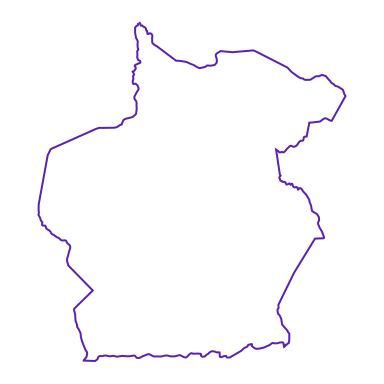 the district of San Luis, Santa Bárbara, Honduras
{"feature_id": "27666195B34299357047893", "entity_name": "San Luis", "entity_type": "district", "adm_level": 2, "iso_a3": "HND", "parent_name": "Honduras", "parent_adm1": "Santa Bárbara", "projection": "mercator", "projection_center": [-88.473, 15.119], "detail": "fine", "context": "isolated", "style": "outline", "palette": "violet", "viewbox_px": 384, "rotation_deg": 0, "n_neighbors": 0, "source": "geoboundaries", "source_scale": "gbopen_adm2", "svg_char_len": 5884}
<svg xmlns="http://www.w3.org/2000/svg" viewBox="0 0 384 384"><path d="M204.8,356.5L206.2,355.0L208.1,353.8L209.9,352.2L211.6,351.3L212.3,351.2L214.9,351.6L215.9,352.1L216.9,352.4L218.5,352.3L219.6,352.5L219.7,354.7L219.9,356.7L220.4,357.1L221.4,357.1L224.0,356.1L226.0,356.0L226.7,357.2L227.1,357.5L227.8,357.6L229.9,357.4L241.1,350.9L244.1,348.1L247.0,346.8L247.6,346.2L247.9,345.3L248.4,344.8L251.3,344.1L251.8,344.1L252.0,344.5L252.0,345.0L251.7,345.5L251.7,345.8L253.0,347.0L254.1,347.8L255.3,348.5L256.2,348.8L257.1,348.8L260.6,348.4L263.7,347.6L269.7,345.0L271.3,343.7L272.4,343.0L273.3,343.1L274.6,343.3L276.6,343.3L278.2,343.1L279.5,342.5L282.4,342.4L283.1,342.7L283.5,343.2L283.8,346.0L284.1,346.9L285.2,346.0L285.6,344.8L285.9,344.7L286.2,344.9L286.5,344.8L287.8,343.5L288.7,343.1L288.9,341.8L289.2,341.1L289.2,339.0L289.4,338.1L289.2,336.0L289.4,334.0L289.0,333.2L288.0,332.1L287.4,330.6L282.8,325.4L282.1,324.4L281.3,319.2L280.5,317.1L279.9,315.9L279.1,314.7L278.5,314.2L278.1,313.6L277.7,312.1L277.5,310.6L277.5,310.0L277.8,309.1L278.6,307.9L278.4,305.6L278.4,304.8L294.1,272.7L315.0,238.6L323.5,238.3L323.9,238.0L324.0,237.4L323.4,235.4L321.8,231.3L319.7,227.8L318.0,223.8L318.1,222.6L319.0,220.5L319.1,219.8L319.0,218.2L318.7,216.8L317.8,215.3L316.8,214.0L313.5,212.0L312.0,210.9L311.0,205.5L309.5,201.8L309.4,200.6L309.2,199.8L308.8,199.0L306.1,194.6L303.6,192.0L301.3,188.7L300.7,188.3L300.1,188.2L299.4,188.3L298.3,189.5L297.9,189.5L297.6,188.8L297.8,187.9L297.4,187.5L296.4,187.1L294.9,187.4L294.0,187.2L293.5,186.9L292.9,185.9L292.4,184.3L292.1,183.8L291.6,183.8L291.1,184.4L290.6,184.7L289.4,183.5L287.6,184.3L286.5,184.5L285.7,183.5L285.6,182.7L285.1,182.1L284.3,181.8L282.9,182.0L282.3,181.6L281.8,181.1L280.6,180.8L280.4,180.6L279.8,178.6L279.4,178.1L279.3,177.6L279.5,177.0L280.4,176.0L280.6,175.6L279.9,174.8L276.1,149.6L278.3,151.1L279.0,152.0L279.6,152.4L280.6,152.4L281.0,152.1L281.8,151.9L283.0,152.3L283.7,152.3L285.4,150.9L286.8,149.0L289.4,146.5L290.3,145.9L291.2,145.8L292.8,146.6L294.1,146.8L295.6,146.2L296.5,145.6L297.4,144.6L299.1,141.9L300.0,141.2L301.0,140.7L301.8,140.8L302.9,140.6L303.5,139.5L303.8,137.5L304.1,137.0L304.6,136.7L306.1,136.7L306.7,136.4L309.3,122.7L314.0,122.3L320.1,121.5L322.7,119.5L324.2,118.6L325.1,118.3L326.0,118.4L327.0,118.8L330.3,120.6L331.7,120.8L345.5,96.1L344.4,94.3L343.2,90.5L342.8,89.7L338.1,86.7L335.2,85.8L334.5,85.1L333.7,84.1L331.5,83.0L330.0,80.9L328.8,79.7L325.8,76.1L323.0,75.2L321.5,75.0L319.4,76.1L318.1,76.3L316.8,76.2L315.5,76.5L310.4,79.7L308.3,79.9L305.0,79.8L303.8,79.3L302.9,78.5L300.8,78.2L298.4,77.0L291.6,72.0L287.5,67.6L256.0,51.5L253.3,50.4L232.5,52.2L220.7,51.1L217.1,53.2L216.3,53.9L215.9,54.7L215.7,55.7L216.7,58.8L216.9,61.8L216.5,62.9L214.8,64.8L214.2,65.1L210.4,65.7L207.2,65.5L206.6,65.8L205.8,66.6L205.3,66.8L202.8,67.5L200.0,68.1L199.3,68.0L198.7,67.9L196.4,66.7L193.2,64.8L190.8,64.0L187.5,62.4L184.8,61.6L183.2,61.4L178.0,60.7L176.2,60.8L157.3,46.6L154.8,45.1L152.6,43.3L152.2,42.2L152.1,38.0L152.3,36.6L152.3,35.3L151.9,34.6L151.4,33.9L150.6,33.4L149.8,33.3L149.0,33.5L148.3,34.0L147.6,34.0L147.4,33.4L147.0,30.8L146.3,30.5L145.9,28.6L145.3,27.7L144.6,27.2L143.1,26.5L142.2,25.5L141.0,25.6L140.6,25.2L140.3,23.8L139.8,23.0L139.7,23.1L138.1,23.9L137.8,25.4L136.5,25.9L135.1,27.6L135.1,32.5L135.5,35.1L136.1,38.0L136.4,38.7L137.4,40.3L137.8,41.8L137.5,44.1L137.7,47.3L137.8,48.1L138.2,48.8L138.3,49.4L138.2,49.8L137.2,51.2L137.4,54.6L137.2,57.6L138.2,60.0L138.8,60.4L139.9,60.7L140.3,61.4L140.4,62.1L140.2,62.7L139.6,63.2L139.2,63.3L138.3,63.4L137.4,64.0L135.7,64.7L134.9,65.4L134.7,66.1L135.5,67.2L135.8,68.1L135.7,68.7L134.9,70.0L134.0,71.1L133.5,71.5L132.8,71.4L132.6,71.6L133.9,73.9L134.1,74.5L134.0,74.9L133.4,75.6L133.0,76.6L133.4,78.5L132.8,80.9L132.7,82.4L132.9,83.2L133.1,83.7L133.5,84.0L133.9,84.0L134.5,83.8L135.4,83.7L135.9,84.0L136.6,84.5L137.3,85.2L137.8,86.1L138.4,87.6L138.6,88.7L138.5,89.4L136.5,92.7L134.6,96.3L134.3,97.3L134.4,98.1L134.6,99.0L136.2,101.2L136.6,102.8L136.5,105.0L136.7,109.0L136.1,113.4L135.8,114.2L133.4,116.4L132.3,117.1L125.3,118.9L124.2,119.5L123.5,120.1L123.1,120.6L122.7,122.0L122.1,122.9L121.7,124.4L121.1,124.7L119.9,125.1L117.3,126.9L115.6,127.5L114.0,127.7L110.9,127.8L99.1,127.9L96.4,128.7L50.7,149.1L47.7,155.3L38.7,204.4L38.6,209.8L38.9,212.6L38.5,214.9L40.2,218.1L40.8,220.3L41.5,221.3L42.3,222.1L42.1,224.5L42.2,225.1L42.4,225.4L42.8,225.6L44.4,225.5L45.1,225.6L45.7,226.4L45.9,227.7L46.3,228.4L47.4,229.4L49.2,230.4L49.8,230.9L50.5,231.8L51.5,233.7L52.5,234.4L53.7,234.9L57.1,237.4L58.3,237.7L58.9,238.1L61.1,240.1L62.1,240.5L64.8,240.3L65.7,240.5L66.2,241.0L67.3,243.2L68.5,244.1L69.7,245.3L70.0,245.9L70.2,246.6L70.2,248.1L68.8,252.5L68.3,254.8L67.3,258.1L67.0,259.6L67.2,261.6L68.2,264.7L68.2,265.4L92.8,290.5L74.1,308.8L74.1,310.4L74.8,312.8L75.2,314.9L75.5,320.6L77.1,325.0L77.2,325.6L77.0,325.9L77.1,326.5L77.5,327.5L78.5,328.9L80.3,332.6L80.6,333.6L80.9,337.1L82.0,341.1L83.8,345.8L85.7,350.3L86.1,350.9L86.6,351.4L87.2,353.3L86.6,356.5L86.1,357.4L84.0,360.0L83.8,360.6L95.0,361.0L96.0,360.4L97.2,359.4L97.7,358.7L98.1,357.3L98.7,356.7L99.5,356.1L100.0,356.0L102.2,356.2L103.8,355.7L105.4,355.5L106.2,355.6L107.7,356.0L109.9,356.3L113.3,355.8L116.3,356.6L117.1,356.6L118.5,356.5L121.8,355.9L126.5,356.2L128.5,356.3L131.4,356.0L133.0,355.6L133.8,355.5L135.1,355.9L136.6,357.7L137.3,357.9L138.3,358.0L139.9,357.8L142.9,356.1L144.2,355.7L147.3,354.4L148.8,354.2L149.7,354.4L153.6,356.4L154.8,356.5L157.2,356.4L160.4,356.5L161.8,356.4L164.8,355.6L166.6,355.5L167.7,355.6L170.9,356.4L174.0,356.4L175.4,356.2L178.8,355.3L180.0,355.2L181.1,355.6L183.8,357.1L185.3,357.5L186.0,357.4L186.8,357.0L189.9,353.9L190.8,353.4L191.5,353.2L192.0,353.3L192.8,353.7L193.4,353.7L197.6,353.6L199.6,353.7L200.6,353.8L201.0,354.1L201.0,355.4L201.3,356.1L201.9,356.5L202.5,356.7L204.8,356.5Z" fill="none" stroke="#5b21b6" stroke-width="2"/></svg>